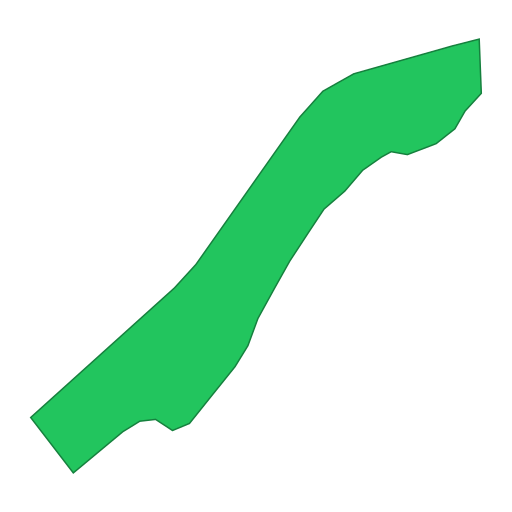 Bragadiru, Teleorman, Romania
{"feature_id": "2599482B260875686248", "entity_name": "Bragadiru", "entity_type": "district", "adm_level": 2, "iso_a3": "ROU", "parent_name": "Romania", "parent_adm1": "Teleorman", "projection": "mercator", "projection_center": [25.509, 43.687], "detail": "fine", "context": "isolated", "style": "filled", "palette": "green", "viewbox_px": 512, "rotation_deg": 0, "n_neighbors": 0, "source": "geoboundaries", "source_scale": "gbopen_adm2", "svg_char_len": 568}
<svg xmlns="http://www.w3.org/2000/svg" viewBox="0 0 512 512"><path d="M436.2,143.6L445.5,136.2L454.9,128.8L465.1,111.0L481.3,93.3L479.2,39.1L452.8,45.8L353.8,73.8L338.3,82.5L322.9,91.2L305.8,110.4L300.0,116.8L195.9,264.5L174.5,287.9L102.6,352.7L30.7,417.5L73.3,472.9L122.8,431.7L139.8,421.2L155.6,419.4L172.5,430.5L189.5,423.4L211.1,396.4L235.0,366.7L247.9,345.7L257.9,318.5L274.6,288.1L289.8,261.0L299.3,246.5L308.8,232.0L324.0,209.1L344.8,191.1L362.7,170.2L381.4,157.1L391.2,151.7L407.4,154.6L436.2,143.6Z" fill="#22c55e" stroke="#15803d" stroke-width="1.5"/></svg>